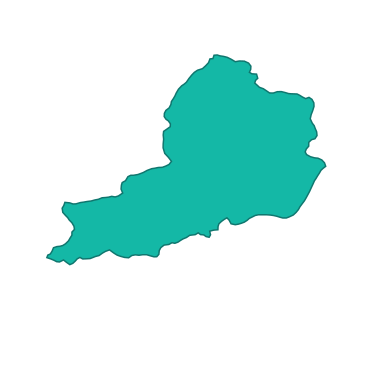 outline of Alterosa, Minas Gerais, Brazil, rotated 317°
{"feature_id": "56859067B56058973822386", "entity_name": "Alterosa", "entity_type": "district", "adm_level": 2, "iso_a3": "BRA", "parent_name": "Brazil", "parent_adm1": "Minas Gerais", "projection": "mercator", "projection_center": [-46.171, -21.233], "detail": "fine", "context": "isolated", "style": "filled", "palette": "teal", "viewbox_px": 384, "rotation_deg": 317, "n_neighbors": 0, "source": "geoboundaries", "source_scale": "gbopen_adm2", "svg_char_len": 3085}
<svg xmlns="http://www.w3.org/2000/svg" viewBox="0 0 384 384"><g transform="rotate(317 192 192)"><path d="M319.6,149.8L316.4,146.4L315.6,143.6L318.5,142.4L320.9,140.1L321.3,136.3L319.5,132.0L316.0,128.5L312.5,126.2L311.2,121.7L309.6,117.5L307.6,114.4L305.3,111.5L303.9,109.0L301.4,107.0L298.3,108.7L295.9,106.9L292.3,108.7L287.9,109.0L283.7,108.9L279.1,106.7L275.3,106.1L271.5,106.3L267.2,106.9L262.8,107.9L260.0,107.8L256.9,107.3L252.2,107.6L247.9,108.9L245.1,110.1L242.1,111.0L238.6,111.8L236.3,113.6L232.6,114.9L228.6,114.5L225.5,115.6L223.1,117.9L222.6,121.1L223.2,123.9L222.7,127.4L220.6,129.4L216.7,128.9L212.6,128.3L209.8,130.7L207.2,134.1L203.7,137.2L201.0,140.0L198.4,145.2L198.4,150.4L197.9,155.6L194.0,156.2L190.4,155.1L187.1,153.7L184.1,151.1L181.1,149.3L178.5,147.5L173.9,145.6L169.6,144.5L164.5,142.4L160.8,140.0L158.6,138.0L155.6,137.1L151.1,138.4L147.4,137.5L145.1,138.8L142.1,141.5L140.6,145.5L135.5,144.7L132.4,143.2L130.3,140.4L127.5,138.9L125.2,137.2L122.3,134.9L118.6,133.5L115.4,131.5L112.1,129.8L108.8,127.4L106.0,125.6L103.3,123.7L99.0,121.5L96.8,119.6L95.2,116.6L92.0,112.9L88.9,114.5L86.0,115.3L83.6,118.8L83.5,122.8L83.6,126.0L83.1,128.8L83.2,132.6L82.3,136.6L80.5,139.2L76.9,139.4L74.7,141.7L71.9,142.4L68.3,143.5L64.1,143.6L61.0,143.0L58.5,141.7L56.0,139.8L52.7,138.3L49.2,139.9L46.1,140.7L43.5,139.8L41.1,141.0L43.1,144.7L44.5,147.8L45.5,150.7L47.4,152.8L51.7,154.1L52.2,157.6L53.1,161.8L56.2,162.9L59.5,162.9L62.5,162.6L65.4,163.4L66.4,166.4L69.3,168.9L72.1,171.2L74.8,172.3L77.4,173.3L80.7,175.1L84.8,175.6L88.2,176.4L92.2,178.1L93.2,183.4L94.2,187.1L95.8,190.2L98.1,193.9L100.8,196.9L104.7,197.4L107.7,199.3L110.1,202.1L113.1,204.2L116.1,207.0L118.2,210.6L120.0,213.5L122.1,215.3L125.2,215.0L128.1,212.5L131.3,211.4L135.4,211.8L139.3,214.6L142.7,215.4L144.5,217.8L147.5,219.1L150.7,219.6L153.5,220.2L156.9,221.5L160.8,222.1L165.3,225.4L168.7,226.1L169.2,229.0L171.3,231.3L171.9,234.2L173.7,236.8L176.4,235.9L178.2,232.7L181.9,234.7L185.2,237.3L187.5,235.0L190.0,233.6L193.5,233.6L196.8,234.0L199.9,234.7L200.0,237.7L198.9,241.9L201.3,245.4L203.9,247.1L206.5,248.4L209.6,249.7L212.8,250.3L215.9,250.4L218.9,251.3L222.3,252.3L225.1,254.0L228.0,256.7L231.0,259.5L233.6,262.3L235.6,264.8L237.5,267.6L239.1,270.4L240.6,272.8L243.2,275.3L246.1,276.5L250.4,277.9L254.3,277.9L257.9,277.4L260.9,276.4L264.8,275.7L268.2,275.1L271.2,274.2L273.9,273.3L278.3,271.8L282.2,270.2L286.4,268.5L289.2,267.3L291.9,266.7L294.6,265.9L298.2,265.0L301.1,264.1L304.1,264.1L307.3,264.4L308.8,261.0L308.8,257.1L307.2,253.2L305.0,250.7L302.7,247.0L301.3,242.8L302.1,239.9L304.9,238.5L308.6,238.1L311.3,235.3L315.2,235.3L318.2,236.9L321.9,236.0L324.2,233.0L325.5,229.4L326.6,226.8L326.9,223.7L328.4,219.1L331.9,216.7L335.6,214.9L339.6,212.6L341.9,209.9L342.9,206.1L342.1,202.6L338.8,201.2L337.6,198.0L336.7,194.7L335.7,192.0L333.6,189.9L331.5,187.8L329.7,185.8L327.9,182.7L325.8,179.5L322.8,176.8L319.0,175.1L316.3,172.5L315.4,168.5L314.6,165.1L312.7,161.4L312.5,158.2L312.2,155.1L314.7,153.7L317.6,153.7L319.6,149.8Z" fill="#14b8a6" stroke="#0f766e" stroke-width="1.5"/></g></svg>